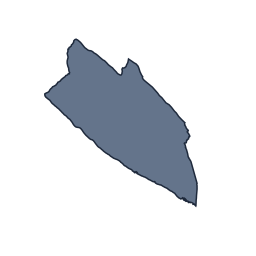 Karura, Semenawi Keyih Bahri, Eritrea (Equal Earth projection), rotated 145°
{"feature_id": "51966322B45199582240714", "entity_name": "Karura", "entity_type": "district", "adm_level": 2, "iso_a3": "ERI", "parent_name": "Eritrea", "parent_adm1": "Semenawi Keyih Bahri", "projection": "equal_earth", "projection_center": [38.724, 17.385], "detail": "fine", "context": "isolated", "style": "filled", "palette": "slate", "viewbox_px": 256, "rotation_deg": 145, "n_neighbors": 0, "source": "geoboundaries", "source_scale": "gbopen_adm2", "svg_char_len": 5633}
<svg xmlns="http://www.w3.org/2000/svg" viewBox="0 0 256 256"><g transform="rotate(145 128 128)"><path d="M88.0,184.2L90.6,181.7L93.3,180.3L94.1,179.6L94.6,179.4L95.6,179.4L96.0,179.2L96.6,179.5L97.2,179.6L97.5,179.8L97.9,180.3L98.0,180.3L98.3,180.0L99.2,179.7L99.6,179.0L100.0,177.8L100.2,177.6L100.9,177.1L101.3,176.4L101.7,176.1L103.0,175.4L103.5,175.5L104.0,175.9L104.2,176.3L104.9,177.5L105.4,178.8L105.4,180.2L106.0,184.0L106.2,186.3L106.6,187.2L107.8,191.0L108.1,193.7L108.6,196.4L109.0,197.3L109.3,197.7L109.7,198.9L110.5,201.9L111.2,205.0L111.8,207.0L112.8,209.0L113.1,210.5L113.2,210.9L114.0,212.4L114.7,213.1L115.5,213.8L116.1,214.8L116.4,215.6L116.7,216.8L117.2,218.1L117.4,219.4L117.7,224.4L118.0,226.2L118.8,229.0L119.0,229.4L119.4,229.8L119.5,230.2L119.5,230.4L120.4,230.8L121.0,230.8L122.4,230.5L122.6,230.3L123.2,229.6L123.6,229.2L124.3,229.1L125.3,228.6L126.7,228.5L127.5,227.7L128.4,227.6L128.9,227.5L129.7,227.7L130.1,227.7L131.3,226.7L131.6,227.0L131.8,227.1L132.2,226.8L133.1,225.4L133.6,224.9L134.2,224.6L135.1,223.9L136.3,220.7L137.0,219.8L137.7,219.3L139.4,217.8L140.7,215.9L141.7,213.5L142.1,212.1L142.2,211.2L142.7,210.5L143.7,208.5L144.0,206.9L144.4,206.7L144.9,206.1L145.3,206.6L145.9,206.7L146.4,206.4L146.7,206.3L147.8,206.3L148.6,206.6L149.1,206.6L149.6,206.3L150.7,206.1L151.3,206.2L151.9,206.1L152.4,206.2L153.0,206.0L153.5,206.1L154.3,205.9L154.7,206.0L155.0,205.8L155.6,205.7L156.5,205.3L157.6,205.5L158.2,205.4L159.1,205.7L159.4,205.7L160.4,205.0L160.8,204.9L161.4,205.0L162.3,204.5L164.7,204.7L166.1,205.0L167.6,204.5L169.0,204.4L170.5,203.9L171.8,203.2L173.4,203.2L174.6,203.5L176.2,203.7L176.5,203.7L176.8,203.4L177.6,201.9L177.5,201.6L177.6,200.3L177.4,199.7L177.0,198.2L176.8,197.5L176.1,195.6L176.1,192.4L175.9,191.1L175.5,190.0L175.1,187.9L174.6,186.7L174.6,186.4L174.3,185.0L173.8,183.6L173.4,181.0L173.2,180.0L173.0,178.0L172.8,177.6L172.7,176.6L172.6,175.5L171.7,173.2L171.4,170.3L170.7,168.6L170.6,167.9L170.6,167.1L170.5,164.6L170.7,162.1L170.6,160.7L170.4,159.6L170.2,159.0L169.8,158.4L168.9,157.4L168.0,156.6L167.4,155.8L167.2,155.3L166.9,154.0L167.0,153.4L166.8,152.7L166.9,151.0L166.9,149.1L166.6,146.1L166.1,144.0L165.9,142.7L165.4,140.8L164.8,139.6L164.0,138.8L163.9,138.3L163.7,137.8L163.5,136.2L163.5,133.7L163.3,130.2L162.9,128.8L162.2,127.3L162.0,126.2L162.0,125.8L161.8,125.4L161.6,124.6L161.4,124.1L161.4,123.4L160.3,119.9L159.7,118.8L159.5,118.0L158.8,116.8L158.5,115.1L158.2,114.3L157.9,113.8L157.7,112.9L157.2,111.9L157.1,111.5L156.2,110.1L155.5,109.0L154.8,108.2L154.4,107.0L153.8,106.1L153.8,105.6L153.5,104.9L153.6,104.2L153.2,103.4L152.9,101.8L152.7,101.3L152.7,100.8L152.7,100.2L152.4,99.0L151.7,98.0L151.5,97.1L151.1,96.0L151.0,95.7L150.7,94.8L150.0,93.5L149.7,93.1L149.5,92.6L149.0,92.0L148.9,91.4L148.9,90.6L149.1,90.8L149.0,90.6L149.0,90.2L148.5,89.5L148.4,88.8L148.3,89.0L147.6,87.5L147.0,86.9L146.9,86.9L146.8,87.1L146.9,87.3L147.0,87.6L146.9,87.7L146.6,87.7L146.3,87.5L146.3,87.0L146.5,86.8L146.7,86.7L146.6,86.3L146.8,86.2L146.6,85.9L146.5,86.3L146.3,86.5L146.0,86.5L145.9,86.3L145.9,86.1L146.0,85.9L146.5,85.3L146.4,85.2L146.3,85.3L146.3,85.1L146.4,84.9L146.3,84.6L146.2,84.5L145.9,84.1L145.9,83.9L145.7,83.8L145.6,83.5L145.1,82.7L145.1,82.2L144.4,81.3L144.3,80.9L144.2,80.9L143.7,80.2L143.2,79.2L142.7,78.6L141.9,77.4L141.8,77.1L141.7,76.7L141.3,76.2L141.1,75.3L140.7,74.4L140.3,73.4L140.1,73.3L139.8,72.8L138.4,69.9L137.6,69.0L137.1,69.0L136.8,68.7L136.8,68.4L137.1,68.0L137.1,67.6L136.9,66.7L136.6,66.4L136.4,65.6L136.1,65.2L135.3,64.3L134.7,63.4L133.8,62.6L133.8,62.4L133.6,62.3L132.6,59.8L132.3,59.4L131.8,58.2L130.9,56.8L130.6,56.1L130.4,55.9L130.2,55.2L130.3,54.7L129.6,53.3L129.4,52.4L128.3,50.7L127.9,49.2L127.4,48.2L127.1,47.6L127.2,46.7L127.0,44.7L127.0,43.8L126.9,43.4L126.6,42.5L126.5,41.7L126.0,40.9L125.5,39.6L125.4,39.5L123.8,39.3L123.5,39.5L123.3,39.4L123.3,39.5L123.2,39.5L123.1,38.5L123.3,38.2L123.6,38.5L123.5,38.8L123.6,38.1L123.6,37.8L123.2,37.9L122.7,38.4L122.2,38.4L122.1,38.2L122.0,37.8L121.8,37.4L122.0,37.0L122.0,36.8L122.1,36.7L121.7,36.7L121.6,36.1L121.6,35.7L121.7,35.3L121.4,34.1L121.3,33.4L120.8,33.5L120.6,33.2L120.7,32.6L121.0,32.2L120.8,32.1L120.7,32.2L120.0,32.0L119.9,31.7L120.0,31.5L119.8,31.2L119.6,31.3L119.2,31.2L119.0,30.7L118.8,30.6L118.5,30.3L118.0,29.1L118.1,28.7L118.5,28.2L117.9,27.8L117.5,28.0L117.3,27.5L117.4,26.2L117.2,25.2L116.8,25.5L116.2,26.4L115.9,26.7L113.5,29.9L112.3,31.2L110.6,33.4L106.5,38.3L104.5,41.2L103.9,42.5L103.6,42.9L103.2,43.0L95.8,64.1L95.6,64.9L95.6,66.2L95.4,66.8L95.5,67.6L95.5,68.4L95.2,68.8L95.3,69.7L93.8,73.0L92.6,76.4L92.4,77.0L92.3,78.2L92.0,78.6L92.0,79.1L91.8,79.1L91.0,81.1L90.8,81.9L90.8,82.9L90.6,83.2L90.3,83.3L90.1,83.1L89.1,82.6L88.6,82.6L87.9,83.5L87.0,83.9L87.0,84.2L86.8,84.2L86.2,84.5L85.9,84.3L85.1,84.5L85.0,84.4L84.6,84.4L84.3,84.8L84.2,85.1L83.1,85.8L82.8,85.5L82.1,85.8L81.9,86.4L81.8,86.7L81.8,87.8L81.6,88.5L81.7,89.8L81.8,90.2L81.8,90.6L81.5,91.1L81.3,91.2L81.0,90.9L80.3,91.2L80.0,91.5L80.0,91.9L80.2,92.2L80.3,93.4L80.3,94.5L80.3,94.9L80.0,95.7L79.9,96.2L79.9,97.8L79.6,97.9L79.4,98.6L79.1,99.2L78.6,99.8L78.4,99.8L79.2,103.9L79.9,108.5L79.8,112.6L80.3,115.1L80.5,120.0L81.0,123.5L82.5,126.9L82.9,133.5L83.7,136.6L83.7,139.6L84.6,147.5L87.1,156.6L87.6,158.9L87.5,160.6L86.8,161.6L86.6,161.6L86.5,163.8L85.9,167.3L84.9,170.4L84.3,172.9L84.6,175.8L85.6,177.8L86.5,180.3L88.0,184.2ZM122.5,34.6L122.3,34.5L122.2,34.7L122.4,34.9L122.3,35.1L122.5,35.1L122.7,35.4L122.7,35.0L122.5,34.8L122.5,34.6ZM123.5,36.7L123.1,36.1L123.0,35.7L123.0,35.9L123.1,36.5L123.1,36.8L123.2,36.7L123.3,36.9L123.5,36.7Z" fill="#64748b" stroke="#1e293b" stroke-width="1.5"/></g></svg>